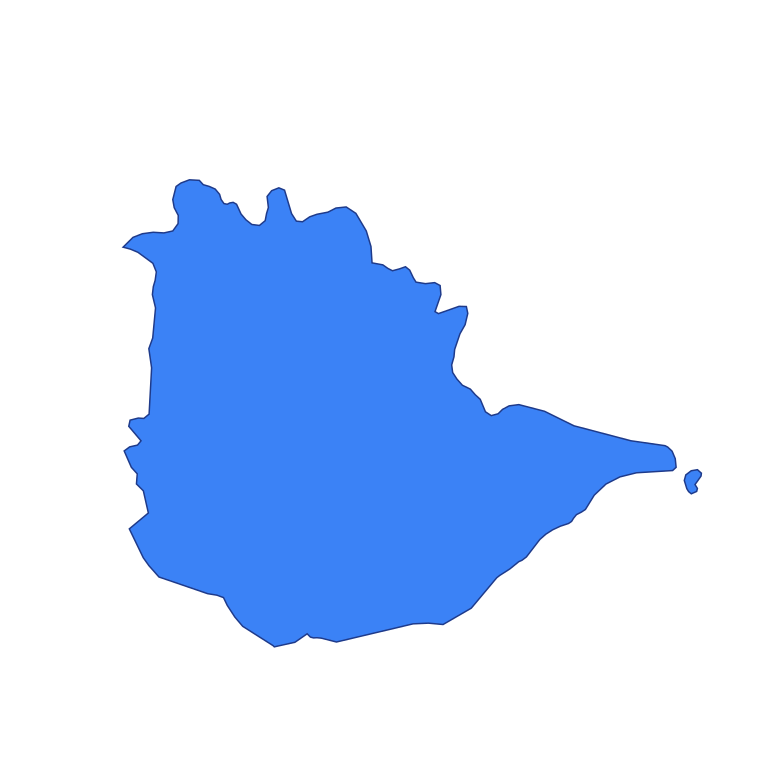 the border of Ta`izz, rotated 255°
{"feature_id": "YEM-158", "entity_name": "Ta`izz", "entity_type": "Governorate", "adm_level": 1, "iso_a3": "YEM", "parent_name": "Yemen", "parent_adm1": "", "projection": "natural_earth1", "projection_center": [43.878, 13.272], "detail": "fine", "context": "isolated", "style": "filled", "palette": "blue", "viewbox_px": 768, "rotation_deg": 255, "n_neighbors": 0, "source": "natural_earth", "source_scale": "10m", "svg_char_len": 2260}
<svg xmlns="http://www.w3.org/2000/svg" viewBox="0 0 768 768"><g transform="rotate(255 384 384)"><path d="M251.7,639.5L249.7,641.7L244.5,644.9L236.5,646.0L227.9,644.6L225.7,640.4L232.9,604.9L233.2,587.8L229.9,572.5L222.2,558.3L210.7,546.1L209.2,541.6L208.0,536.1L205.4,532.5L202.7,529.6L201.5,526.2L201.0,517.5L199.5,509.1L197.0,501.3L193.5,494.3L180.1,476.8L178.0,471.6L177.5,468.2L172.8,457.7L169.2,446.4L167.7,442.8L144.9,410.3L136.4,378.8L141.5,365.0L144.8,350.0L147.1,271.3L154.8,257.5L156.3,253.5L157.0,250.2L158.6,247.4L162.6,245.1L157.6,231.2L158.5,210.0L159.8,209.3L186.5,184.8L197.5,179.6L210.7,175.3L219.2,173.7L223.3,167.9L227.1,159.4L255.8,116.7L269.4,109.9L278.5,106.5L310.0,100.5L320.4,123.0L343.1,123.9L351.5,119.0L361.1,122.4L368.9,118.4L386.6,115.7L389.1,122.1L388.8,130.1L392.0,134.6L409.2,126.5L414.8,129.4L414.7,137.8L412.9,143.1L415.7,149.3L459.7,163.7L479.0,166.0L488.3,172.5L516.6,183.0L530.3,183.4L537.8,186.4L543.4,189.8L551.2,193.1L560.4,192.0L574.9,180.4L580.0,173.8L583.7,167.4L590.6,179.5L591.7,189.5L590.3,200.3L586.9,210.5L586.5,219.6L592.2,226.6L600.1,228.9L608.6,227.0L616.8,227.7L628.6,234.3L630.7,239.9L631.6,248.9L628.5,258.3L623.3,261.0L620.1,266.3L616.0,271.4L609.7,274.3L604.4,274.4L599.7,276.1L598.2,279.1L598.8,281.9L598.5,285.3L595.8,288.1L585.2,289.9L578.4,293.1L572.3,297.6L569.4,304.7L572.5,311.5L579.1,314.7L584.4,318.0L595.4,319.6L599.8,325.5L600.7,333.2L597.0,338.1L572.5,338.8L564.0,341.5L561.8,347.3L564.7,355.5L565.3,363.1L564.5,374.3L566.4,383.1L564.8,393.3L556.1,401.0L536.4,406.5L520.2,407.0L504.1,403.8L499.4,413.7L494.6,417.7L491.2,421.5L491.2,428.8L491.7,435.1L487.3,438.3L479.1,439.8L474.1,441.3L470.2,450.0L468.8,459.2L464.6,463.7L455.6,462.1L440.7,452.0L437.9,454.8L439.6,476.6L437.5,483.6L430.5,483.2L420.3,477.7L412.9,470.4L399.1,461.2L392.1,458.6L384.9,454.3L377.3,453.3L369.9,455.7L362.5,459.4L356.7,466.1L350.1,469.3L344.3,473.0L330.9,474.8L325.7,479.4L325.7,486.5L328.8,491.9L330.5,499.2L329.2,508.9L316.1,532.0L294.5,556.6L265.3,607.7L251.7,639.5ZM213.1,649.1L218.1,652.0L218.7,653.5L220.7,658.3L220.1,664.6L215.7,667.5L213.0,666.4L208.6,661.1L206.4,658.4L202.0,659.7L199.3,658.2L198.4,652.4L201.2,650.4L204.5,649.4L213.1,649.1Z" fill="#3b82f6" stroke="#1e3a8a" stroke-width="1.5"/></g></svg>